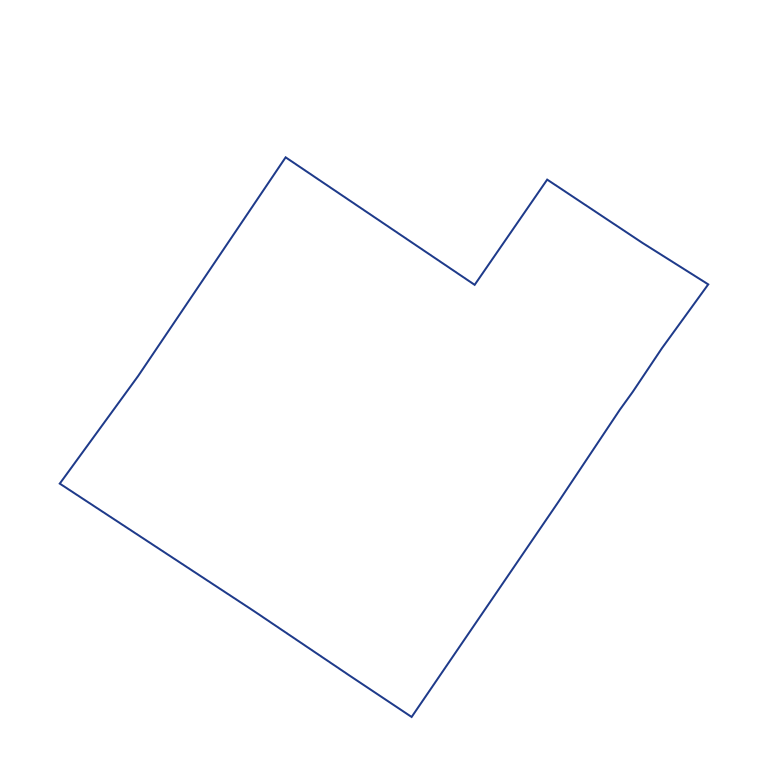 outline of Isanti, Minnesota, United States of America, rotated 304°
{"feature_id": "52423323B71710421504154", "entity_name": "Isanti", "entity_type": "district", "adm_level": 2, "iso_a3": "USA", "parent_name": "United States of America", "parent_adm1": "Minnesota", "projection": "robinson", "projection_center": [-93.264, 45.573], "detail": "fine", "context": "isolated", "style": "outline", "palette": "blue", "viewbox_px": 768, "rotation_deg": 304, "n_neighbors": 0, "source": "geoboundaries", "source_scale": "gbopen_adm2", "svg_char_len": 346}
<svg xmlns="http://www.w3.org/2000/svg" viewBox="0 0 768 768"><g transform="rotate(304 384 384)"><path d="M120.1,170.9L123.0,402.9L123.0,517.7L123.4,593.1L385.0,594.5L494.6,593.9L516.7,594.6L569.1,594.4L647.9,597.1L645.5,519.6L644.7,405.0L516.9,403.7L516.9,175.7L253.2,175.7L120.1,170.9Z" fill="none" stroke="#1e3a8a" stroke-width="2"/></g></svg>